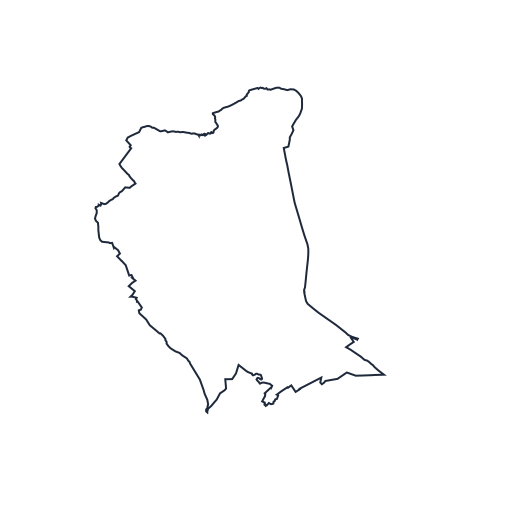 Amacueca, Jalisco, Mexico (orthographic projection), rotated 316°
{"feature_id": "50627088B63985202353030", "entity_name": "Amacueca", "entity_type": "district", "adm_level": 2, "iso_a3": "MEX", "parent_name": "Mexico", "parent_adm1": "Jalisco", "projection": "orthographic", "projection_center": [-103.62, 19.989], "detail": "fine", "context": "isolated", "style": "outline", "palette": "slate", "viewbox_px": 512, "rotation_deg": 316, "n_neighbors": 0, "source": "geoboundaries", "source_scale": "gbopen_adm2", "svg_char_len": 5985}
<svg xmlns="http://www.w3.org/2000/svg" viewBox="0 0 512 512"><g transform="rotate(316 256 256)"><path d="M381.9,146.5L381.6,145.7L379.9,144.2L380.1,142.6L379.2,142.3L378.3,141.6L377.7,140.7L377.7,139.8L376.8,139.1L376.3,138.0L374.8,137.5L373.9,137.5L373.8,136.2L368.4,133.3L366.7,132.4L366.4,132.3L365.6,132.3L364.4,133.2L361.6,133.4L360.6,134.4L359.5,134.0L357.6,134.2L356.4,134.3L354.8,133.8L353.2,133.6L351.2,132.5L348.5,131.9L344.1,130.7L341.3,129.8L339.0,128.8L337.7,128.0L335.5,126.9L334.1,126.6L332.6,126.7L330.9,126.3L329.4,126.1L327.8,125.1L325.0,123.7L324.1,123.3L323.7,123.7L323.5,124.0L323.6,125.0L323.7,126.2L323.1,127.8L322.4,128.2L322.0,128.6L321.5,129.7L320.6,130.5L319.8,131.5L319.7,132.7L319.4,134.2L319.0,135.9L318.2,136.6L316.9,136.8L315.2,136.6L314.2,136.4L313.5,136.4L313.2,136.4L312.8,136.5L312.4,136.7L312.2,136.9L311.9,137.1L311.7,137.3L311.2,137.6L310.7,137.6L310.2,137.5L309.9,137.1L309.9,136.7L310.1,136.4L310.1,136.1L310.0,135.9L309.8,135.8L309.6,135.8L309.4,135.8L309.2,135.9L309.1,136.0L308.8,136.2L308.6,136.3L308.2,136.2L307.7,135.9L307.4,135.4L307.3,134.8L307.3,134.7L306.7,134.4L306.6,134.2L306.3,134.2L306.0,134.3L305.8,134.3L305.3,134.3L305.1,134.3L304.8,134.3L304.4,134.4L304.2,134.3L304.0,134.2L303.9,133.8L302.9,134.0L302.7,133.7L302.8,133.3L303.7,133.0L303.8,132.9L304.0,132.7L303.7,132.4L303.7,132.2L303.4,132.1L303.2,132.1L302.8,132.0L302.6,132.0L302.2,132.3L301.9,132.1L301.5,131.9L301.3,131.7L301.2,131.5L301.1,131.3L301.2,131.1L301.3,130.8L301.2,130.6L300.9,130.6L300.6,130.6L300.1,130.7L299.6,130.5L299.3,130.0L299.3,129.5L299.3,129.2L298.9,129.2L298.5,129.6L298.7,128.7L298.5,128.4L298.3,127.8L297.5,126.7L297.1,125.3L296.6,125.0L296.2,124.5L296.0,124.3L295.6,123.9L295.1,123.7L294.3,122.9L293.5,121.1L292.3,119.8L291.1,118.1L289.7,116.1L287.4,114.3L286.3,112.5L284.5,111.0L283.4,109.2L281.9,107.8L278.5,105.8L278.2,103.9L277.7,102.3L275.7,101.2L273.7,99.8L271.7,92.9L270.5,91.7L270.2,90.0L269.5,88.4L268.1,87.0L266.6,86.1L265.5,85.7L264.2,84.8L263.6,84.6L262.5,84.1L257.9,85.7L254.4,84.4L249.5,82.7L246.0,81.7L243.0,82.7L242.8,89.3L240.9,89.7L240.8,90.6L241.0,91.8L223.8,94.6L222.7,94.8L221.7,94.9L221.2,96.4L220.7,99.4L220.7,102.9L220.6,107.7L220.9,109.7L220.4,110.7L220.2,112.9L220.1,115.5L220.3,117.4L219.8,118.9L219.6,120.2L214.8,119.3L212.5,119.2L209.6,115.8L204.6,116.2L202.2,115.6L200.7,115.8L198.7,116.7L196.4,115.8L194.1,115.4L192.4,115.6L190.5,114.9L188.3,114.5L186.6,114.6L184.3,114.2L182.9,113.3L181.4,110.2L180.8,111.1L179.2,111.7L178.5,109.9L177.9,110.6L176.8,110.4L175.8,110.2L174.8,109.5L173.7,110.1L173.2,112.5L171.2,114.5L168.9,115.6L167.2,116.6L166.1,117.3L165.3,119.5L165.4,122.3L162.6,125.8L160.7,127.7L156.0,133.8L155.0,136.5L155.1,138.7L158.1,142.4L159.4,143.8L159.9,145.3L161.6,146.6L159.4,151.5L160.2,151.3L160.8,156.1L159.8,159.7L155.9,159.7L155.9,166.3L156.0,166.4L155.9,172.1L151.2,182.0L153.2,183.2L152.3,186.1L151.7,185.8L152.2,190.0L148.2,189.3L143.5,189.3L144.4,197.1L140.4,198.1L137.5,198.1L138.6,199.1L141.1,203.1L140.8,203.2L139.6,203.6L139.5,205.2L139.1,205.7L138.6,206.2L139.2,206.7L138.1,213.7L135.9,214.6L133.9,213.7L132.3,216.2L132.9,225.4L131.5,231.9L131.9,235.7L132.4,240.3L132.8,244.7L133.5,245.2L133.6,245.9L133.7,249.1L133.2,252.8L132.4,253.5L132.0,255.8L130.8,256.9L130.4,259.8L130.4,262.8L131.7,268.4L133.7,272.7L133.8,275.0L134.0,276.6L135.1,281.4L135.0,282.5L134.5,284.3L134.7,285.9L133.9,287.4L129.8,305.8L125.3,315.8L123.3,319.5L121.1,325.6L118.5,329.5L117.6,330.0L117.1,330.2L116.5,330.8L115.7,331.4L114.8,331.7L113.8,331.7L112.5,332.7L112.2,333.5L112.3,334.7L113.3,333.8L114.8,332.9L115.9,332.6L119.7,332.8L124.0,332.3L127.9,332.0L132.9,330.4L134.6,329.8L139.7,330.7L140.6,330.7L141.6,330.7L142.4,330.5L144.6,327.9L144.7,327.7L148.3,323.3L153.3,328.0L160.0,326.6L167.8,322.3L169.0,331.1L169.5,333.7L170.5,335.9L171.4,337.8L170.9,338.5L170.9,339.3L171.0,339.8L172.9,340.6L174.1,340.7L174.9,341.3L175.5,343.0L176.0,343.6L176.8,344.6L176.7,345.4L176.2,346.3L175.9,347.0L175.6,347.6L175.4,348.1L175.1,348.5L174.8,348.6L174.0,348.5L173.6,347.9L173.4,346.6L173.1,345.5L172.5,344.8L171.8,344.8L170.6,345.2L170.4,346.3L170.5,348.4L170.2,350.1L170.2,350.6L171.8,351.1L172.5,351.4L173.8,352.6L177.1,357.6L177.5,360.6L175.1,361.5L175.1,361.0L166.9,360.8L166.9,361.7L166.0,362.3L164.9,363.2L162.6,363.8L159.4,364.9L160.5,367.5L160.0,368.1L159.6,368.2L159.6,368.8L159.2,368.8L158.8,368.9L158.8,369.1L158.9,369.7L159.3,369.6L159.2,369.8L158.9,370.6L160.0,370.9L161.7,370.8L163.2,370.7L163.7,372.8L164.5,373.5L166.0,374.2L166.4,373.8L166.8,373.6L167.1,373.3L167.4,373.1L167.5,373.0L167.8,373.1L168.1,373.1L168.9,373.3L170.2,372.5L171.8,373.3L175.1,371.7L175.1,371.2L174.7,370.2L180.2,370.9L187.5,372.3L187.5,373.0L191.5,373.6L190.1,381.3L195.1,382.3L195.2,381.8L218.5,388.8L214.4,391.6L214.3,394.0L216.9,394.4L219.1,394.1L229.3,401.0L231.6,401.4L240.4,402.9L244.6,411.4L248.2,414.7L257.0,422.6L258.7,424.0L265.6,430.3L264.5,423.3L264.1,418.3L264.3,415.6L264.1,414.8L263.9,413.7L263.7,410.3L263.2,408.3L261.9,406.1L261.5,401.9L261.6,401.7L260.7,397.6L258.9,389.0L257.5,384.2L262.9,385.0L266.6,385.7L267.5,380.6L268.1,380.7L270.7,386.4L270.7,386.5L271.8,386.2L269.0,381.0L268.5,379.8L267.4,376.6L267.3,373.4L265.7,361.5L261.6,340.4L260.7,333.5L259.9,326.3L260.7,323.2L261.8,321.4L263.3,318.9L265.6,315.4L265.9,315.5L266.9,313.9L269.3,312.7L273.4,309.3L280.8,303.0L291.5,294.1L295.2,290.7L298.6,287.2L301.1,283.4L305.1,274.8L308.2,268.7L313.3,259.0L320.5,245.1L321.0,244.2L330.3,229.8L337.0,219.3L337.7,218.2L341.8,212.0L343.2,209.6L345.4,206.1L351.0,197.6L355.3,199.8L361.0,195.9L362.8,194.1L366.8,192.9L370.3,191.5L372.0,187.9L375.7,186.8L379.4,185.8L383.8,185.2L386.8,184.2L391.4,181.9L394.5,178.9L395.9,177.4L396.4,176.8L397.1,176.1L398.0,175.2L398.9,173.7L399.5,171.7L399.8,168.5L399.7,165.2L398.9,162.5L396.6,160.0L395.7,159.5L393.7,158.4L392.2,155.8L390.3,153.2L389.7,151.2L388.7,150.1L387.0,148.8L385.7,148.3L385.5,148.1L381.9,146.5Z" fill="none" stroke="#1e293b" stroke-width="2"/></g></svg>